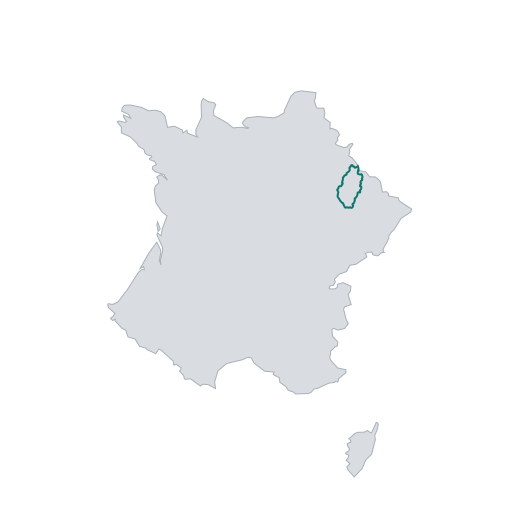 Meuse highlighted on a map of France, rotated 20°
{"feature_id": "FRA-5326", "entity_name": "Meuse", "entity_type": "Metropolitan department", "adm_level": 1, "iso_a3": "FRA", "parent_name": "France", "parent_adm1": "", "projection": "orthographic", "projection_center": [5.366, 49.01], "detail": "fine", "context": "in_parent", "style": "outline", "palette": "teal", "viewbox_px": 512, "rotation_deg": 20, "n_neighbors": 0, "source": "natural_earth", "source_scale": "10m", "svg_char_len": 6323}
<svg xmlns="http://www.w3.org/2000/svg" viewBox="0 0 512 512"><g transform="rotate(20 256 256)"><path d="M375.3,208.7L372.4,210.5L370.7,213.8L368.8,214.7L365.4,214.8L363.7,212.8L359.7,214.2L358.0,216.3L360.5,218.9L352.6,229.7L347.4,232.6L346.4,239.6L340.3,244.8L338.0,250.3L337.8,251.4L339.4,253.2L338.8,256.8L335.7,259.1L335.7,261.4L336.6,261.7L341.4,259.9L343.2,257.7L342.2,254.8L347.0,251.2L355.6,252.0L356.7,256.7L355.7,260.7L362.1,269.2L356.7,273.3L356.4,275.9L362.2,284.5L365.8,288.0L364.1,293.8L358.1,297.7L354.3,297.4L352.7,298.4L352.9,300.2L355.6,305.4L362.2,308.7L363.2,312.7L361.5,314.1L358.6,320.2L359.9,323.1L359.5,324.4L360.2,326.4L361.9,328.4L371.1,333.3L379.3,332.1L380.4,335.0L375.6,343.0L376.0,346.5L373.4,346.6L373.0,347.8L367.9,350.6L359.8,358.7L356.0,361.1L354.5,365.1L352.2,367.4L340.3,372.1L338.1,371.1L332.3,371.2L328.6,368.4L321.7,366.6L319.4,362.4L312.9,361.6L312.6,358.8L303.5,361.3L290.7,357.3L286.3,353.2L282.6,354.2L279.2,357.8L265.2,367.1L259.5,376.9L260.2,388.5L263.3,394.4L254.8,393.2L249.7,394.7L248.3,397.1L236.4,393.8L231.8,396.0L230.6,395.8L229.1,393.3L223.4,390.2L224.3,388.4L223.6,386.6L218.2,385.0L216.1,386.6L214.2,383.1L199.0,376.9L196.5,376.8L195.2,382.0L185.3,381.2L183.9,380.2L177.5,380.8L171.0,375.5L163.4,375.8L159.1,370.4L154.6,369.7L148.5,366.6L145.7,365.0L145.5,363.5L143.4,365.6L141.1,364.8L140.7,364.1L142.4,361.5L143.0,358.2L135.3,355.1L133.4,352.6L133.5,351.3L137.8,350.6L142.0,346.5L146.9,330.5L151.1,311.4L153.3,307.9L155.8,307.1L154.0,304.3L151.4,307.5L154.3,289.9L158.1,276.9L164.1,282.8L165.4,285.3L166.7,293.4L170.0,297.0L167.9,293.6L166.4,282.9L165.2,279.8L155.7,270.1L155.5,268.0L159.9,269.5L158.6,262.7L158.7,248.8L152.8,246.9L143.6,240.0L137.8,228.8L137.5,224.8L139.6,220.7L138.3,217.9L135.7,215.8L138.2,212.4L140.2,212.3L146.9,215.0L141.6,211.0L132.3,211.3L128.8,209.7L128.4,207.1L131.2,204.2L128.4,201.9L123.1,201.8L122.5,200.9L124.3,198.7L123.1,197.7L118.8,198.2L116.4,197.2L114.4,194.3L107.7,192.9L106.3,191.2L97.3,187.1L87.4,186.3L85.3,180.8L79.6,177.5L81.0,176.0L87.2,175.2L88.5,173.9L84.5,171.2L83.2,168.8L91.2,169.4L87.9,166.6L80.2,165.8L79.6,162.5L81.0,159.4L85.8,157.2L97.3,155.5L105.4,156.3L111.6,153.4L117.3,153.0L122.5,155.4L128.8,165.3L135.0,161.9L143.7,162.9L145.3,165.4L148.0,161.4L149.7,164.0L160.3,164.2L158.0,162.4L156.4,158.3L157.3,144.0L152.9,133.2L151.9,129.3L152.5,126.1L158.7,127.3L164.0,126.3L166.4,127.5L166.4,134.3L168.2,138.3L182.6,140.7L190.8,143.4L198.0,140.1L204.7,138.9L205.3,138.0L201.5,138.1L198.1,136.2L197.8,134.4L200.0,129.3L210.3,124.2L225.2,120.2L229.1,117.2L233.7,111.5L232.8,109.9L234.2,93.9L236.6,88.8L242.2,85.3L256.3,82.0L257.8,87.2L257.6,90.0L261.1,94.7L262.9,96.1L269.1,93.9L271.9,98.2L272.6,102.9L280.0,105.1L282.0,111.3L283.4,110.0L288.0,110.3L290.2,110.9L293.1,113.6L292.1,117.3L293.4,119.1L292.1,122.5L293.0,124.0L301.5,124.1L304.1,122.6L305.3,119.2L307.9,117.2L308.9,117.8L307.2,124.2L308.4,125.8L309.0,130.3L312.2,130.7L318.6,134.4L323.9,140.4L330.5,139.4L335.7,142.7L341.1,140.9L346.2,142.7L348.0,144.4L352.9,152.7L356.5,151.0L359.1,151.9L360.0,154.3L369.7,152.6L371.6,155.0L373.6,155.8L386.1,158.6L386.4,161.7L379.5,171.0L376.7,183.9L374.7,188.4L374.0,191.8L374.7,194.0L374.4,197.5L373.1,205.9L374.1,208.3L375.3,208.7ZM429.3,378.8L428.9,384.1L431.0,387.8L432.4,402.9L428.8,410.4L428.5,419.2L423.9,430.0L415.8,425.7L413.4,423.2L415.3,419.1L410.7,417.2L411.6,413.2L411.1,411.3L407.9,411.2L407.7,410.2L409.9,407.1L409.8,405.2L406.7,403.0L406.0,401.0L408.8,398.5L407.4,396.4L405.8,396.0L409.5,389.0L412.1,386.8L418.0,384.5L420.4,381.9L424.5,383.0L425.1,382.3L425.9,371.4L427.3,371.2L428.6,372.5L429.3,378.8ZM156.7,263.3L155.6,266.4L152.2,260.6L151.9,257.6L156.7,263.3Z" fill="#d9dde1" stroke="#a8b0b8" stroke-width="1"/><path d="M321.2,136.9L321.4,137.1L322.6,139.1L322.7,139.5L322.7,139.8L322.6,140.2L322.6,140.5L322.7,140.8L323.2,140.9L323.2,141.3L322.9,141.7L322.9,142.1L322.9,142.3L323.4,143.6L323.5,143.7L323.7,143.9L324.0,144.0L325.6,143.9L326.2,143.7L326.7,143.3L327.1,143.1L327.6,143.3L328.4,144.3L328.9,145.0L329.0,145.4L329.1,145.9L329.1,146.4L329.0,146.8L329.1,147.2L329.3,147.5L329.7,147.8L329.8,148.0L329.8,148.4L329.1,149.4L329.0,149.8L328.9,150.8L329.0,151.2L329.2,151.5L329.9,151.8L329.9,152.3L329.7,153.0L329.6,153.3L329.7,154.1L329.7,154.5L329.9,154.8L330.2,154.9L331.1,154.7L331.3,155.0L331.8,156.8L331.9,157.1L331.8,157.4L331.4,158.2L331.3,158.6L331.3,159.1L331.5,159.5L331.9,159.9L332.0,160.0L332.0,160.4L332.0,160.7L331.9,160.8L331.7,160.9L331.1,160.7L330.8,160.8L330.1,161.4L330.0,161.7L329.9,161.9L329.9,162.2L330.0,162.4L330.1,162.6L330.3,163.4L330.4,164.2L330.3,165.2L330.0,166.7L329.8,167.1L329.4,167.7L329.1,168.1L329.1,168.5L329.3,168.9L329.6,169.2L329.8,169.6L329.9,172.2L329.9,172.7L329.7,173.2L329.1,173.7L328.9,174.3L329.0,174.6L329.1,174.8L329.9,175.3L330.0,175.4L330.1,175.6L330.1,175.9L330.1,176.8L329.8,177.6L329.4,178.0L329.0,178.2L327.8,178.0L326.5,179.0L326.2,179.1L325.4,179.0L325.1,179.0L323.9,179.8L323.3,180.0L322.7,179.7L320.4,177.5L320.2,177.2L320.1,176.9L319.9,176.7L319.5,176.6L318.7,176.6L318.3,176.4L316.3,175.3L314.6,173.9L313.6,173.3L312.7,172.6L312.5,172.3L312.2,171.9L312.1,171.5L312.0,171.2L311.9,170.1L311.7,169.9L311.7,168.8L311.5,167.9L310.7,167.0L309.9,166.4L309.7,166.1L309.7,165.8L309.8,165.4L310.2,164.8L310.3,164.6L310.2,164.2L310.1,163.9L310.0,163.6L310.1,163.2L310.2,162.5L310.4,162.1L310.6,161.8L310.9,161.7L311.7,161.5L311.9,161.4L312.0,161.3L312.1,161.1L312.2,160.9L312.3,160.7L312.4,160.4L312.4,160.0L312.3,159.5L312.4,159.1L312.5,158.9L312.7,158.7L312.7,158.3L312.6,158.0L312.4,157.9L311.9,157.7L311.7,157.5L311.6,157.1L311.6,155.5L311.6,155.1L311.5,154.5L310.9,152.8L310.9,152.5L311.0,152.2L311.2,151.8L311.5,151.2L311.5,150.3L312.4,149.3L313.0,148.9L313.1,148.7L313.2,148.4L313.1,148.1L313.0,147.9L312.9,147.6L312.8,147.4L312.9,147.1L313.0,146.8L313.7,145.7L314.2,145.1L314.6,144.0L314.7,143.6L314.6,143.3L314.4,142.7L314.4,142.3L314.3,142.2L313.9,141.8L313.9,141.6L313.7,140.9L313.7,140.7L313.8,140.6L313.9,140.4L314.2,140.0L314.3,139.4L314.3,139.2L314.4,138.9L314.4,138.7L314.5,138.2L315.0,137.8L315.3,137.7L315.6,137.8L316.3,138.5L316.6,138.6L316.8,138.6L317.8,138.5L318.0,138.6L318.3,138.8L318.3,139.0L318.7,139.2L319.1,139.0L320.3,137.9L320.7,137.7L321.2,137.4L321.2,136.9Z" fill="none" stroke="#0f766e" stroke-width="2"/></g></svg>